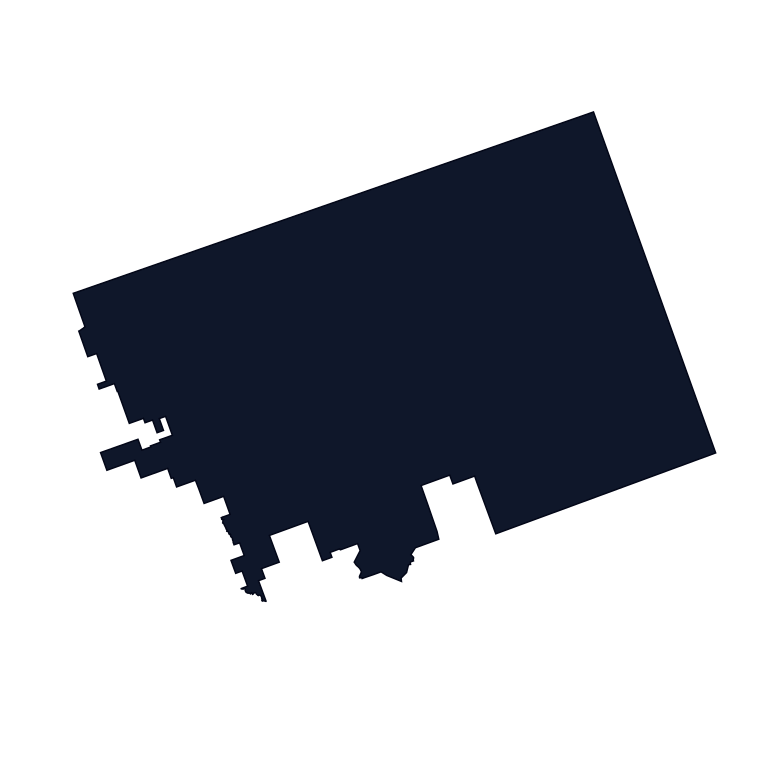 outline of Halls Creek, Western Australia, Australia, rotated 250°
{"feature_id": "25037944B45139039746134", "entity_name": "Halls Creek", "entity_type": "district", "adm_level": 2, "iso_a3": "AUS", "parent_name": "Australia", "parent_adm1": "Western Australia", "projection": "orthographic", "projection_center": [126.613, -19.001], "detail": "fine", "context": "isolated", "style": "filled", "palette": "ink", "viewbox_px": 768, "rotation_deg": 250, "n_neighbors": 0, "source": "geoboundaries", "source_scale": "gbopen_adm2", "svg_char_len": 4837}
<svg xmlns="http://www.w3.org/2000/svg" viewBox="0 0 768 768"><g transform="rotate(250 384 384)"><path d="M205.0,438.3L205.8,672.1L568.0,673.9L575.5,123.0L560.7,122.8L539.9,122.6L539.8,122.2L539.8,121.9L539.7,121.5L539.6,121.2L539.2,120.5L539.1,119.7L539.0,119.3L538.9,119.0L538.8,118.7L538.8,118.4L538.6,117.9L538.5,117.6L538.4,116.9L538.2,116.6L538.1,116.3L538.1,116.0L538.1,115.3L511.0,115.0L510.9,124.4L481.7,124.1L481.7,114.7L476.7,114.6L476.6,130.8L468.3,130.8L468.3,131.4L434.1,131.2L434.0,146.2L429.3,146.2L429.3,154.2L415.8,154.1L415.8,160.9L428.4,161.0L428.3,167.7L408.2,167.6L408.3,154.1L405.7,154.1L405.7,143.4L404.6,143.4L404.6,133.9L416.2,133.9L416.5,94.2L397.7,94.1L397.6,123.7L378.8,123.6L378.7,151.9L368.1,151.8L368.0,154.0L358.2,153.9L358.1,173.9L348.2,174.1L333.3,174.1L333.3,194.9L314.1,194.8L314.1,185.4L313.8,185.4L313.6,185.4L313.4,185.4L312.9,185.3L313.0,185.5L313.2,185.8L313.0,185.7L312.9,185.7L312.7,185.5L312.3,185.7L312.2,185.9L311.9,186.0L311.1,186.2L311.1,186.3L310.9,186.0L310.7,185.9L310.3,185.6L310.1,185.6L309.8,185.6L309.6,185.6L309.3,185.5L309.1,185.3L308.9,185.1L308.7,184.9L308.0,185.2L307.6,185.5L307.2,185.6L306.9,185.7L306.4,185.9L306.2,185.8L305.9,185.8L305.6,185.7L305.2,185.8L304.9,185.9L304.6,185.9L304.3,186.0L304.1,186.0L303.8,186.0L303.6,186.1L303.3,186.1L303.0,186.1L302.7,186.1L302.0,186.1L301.9,186.1L301.6,186.3L301.4,186.3L301.2,186.2L301.1,186.3L300.9,186.4L300.9,186.5L300.7,186.7L300.4,186.7L300.0,186.5L299.8,186.4L299.9,186.2L299.6,185.9L299.4,185.9L299.3,186.0L299.2,186.1L299.1,186.4L299.0,186.7L298.9,186.9L298.8,187.0L298.5,187.2L298.2,187.1L297.9,187.2L297.7,187.2L297.4,187.1L297.2,187.1L296.7,187.1L296.3,187.1L295.7,187.2L295.5,187.3L295.5,187.5L295.5,187.8L295.5,188.2L295.4,188.2L295.3,188.3L295.0,188.4L294.7,188.4L294.1,188.0L293.8,188.0L293.6,187.9L293.0,187.9L292.8,187.9L292.6,188.0L292.3,188.2L292.3,188.4L292.2,188.5L291.9,188.6L291.5,188.6L291.1,188.7L290.6,188.7L290.4,188.7L290.0,188.6L289.8,188.5L289.6,188.5L289.4,188.5L289.3,188.4L289.0,188.4L288.8,188.4L288.7,188.4L288.2,188.5L287.8,188.5L287.6,188.4L287.2,188.2L286.8,188.1L286.4,188.1L286.2,188.1L285.9,188.1L285.5,188.1L285.3,188.1L284.9,188.1L284.2,188.1L284.1,194.0L270.6,194.0L270.6,179.9L256.8,179.9L256.8,186.7L240.7,186.7L240.6,179.9L240.4,179.9L240.5,180.1L240.5,180.3L240.5,180.5L240.4,180.6L240.1,180.8L239.6,181.1L239.4,181.3L239.5,181.5L239.5,181.8L239.6,182.1L239.7,182.5L239.6,182.8L239.4,182.9L239.1,183.1L238.9,183.2L238.8,183.3L238.5,183.3L238.2,183.3L237.9,183.1L237.7,183.0L237.1,183.0L236.6,183.0L236.4,183.0L236.2,183.0L235.8,183.1L235.5,183.2L235.3,183.3L235.2,183.5L235.0,183.9L235.0,184.0L234.7,184.1L234.4,184.1L234.4,184.3L234.1,184.6L233.9,184.8L233.8,185.0L233.8,185.5L233.6,185.8L233.2,186.3L233.0,186.5L232.8,186.6L232.7,186.6L232.5,186.8L232.3,186.9L232.3,187.0L232.5,187.4L232.7,187.5L233.1,187.7L233.3,188.1L233.2,188.4L233.1,188.6L232.9,188.7L232.7,188.7L232.5,188.8L232.4,188.8L232.1,188.8L231.8,188.8L231.6,188.8L231.3,188.7L231.3,189.1L231.6,189.5L231.8,189.9L231.9,190.1L232.0,190.3L232.1,190.6L232.2,190.8L232.2,191.0L232.1,191.3L232.1,191.5L231.9,191.9L231.6,192.1L231.3,192.2L231.1,192.2L230.5,192.2L230.2,192.3L229.7,192.6L229.3,192.9L229.2,193.0L228.9,193.1L228.7,193.1L228.2,193.5L228.3,193.9L228.3,194.1L228.4,194.3L228.3,194.6L228.2,194.7L228.2,194.8L228.2,195.0L227.9,195.3L227.5,195.5L227.1,195.7L226.8,195.9L226.4,196.0L226.1,196.0L225.8,196.2L225.7,196.2L225.4,196.2L225.2,196.1L225.1,195.9L224.8,195.8L224.5,195.9L224.2,195.8L223.9,196.0L223.7,196.0L223.4,196.1L223.1,196.0L223.0,195.8L222.9,195.5L222.8,195.2L222.7,195.2L222.1,195.3L221.9,195.3L221.7,195.4L221.6,195.5L221.5,195.8L221.5,196.0L221.7,196.5L221.4,196.9L221.2,197.2L221.1,197.4L220.9,197.7L220.5,198.0L220.4,198.1L220.4,198.5L220.2,198.8L220.3,198.9L242.1,198.8L242.1,205.7L252.4,205.7L252.4,224.6L280.9,224.5L280.9,265.7L239.0,265.7L239.0,275.8L244.2,275.8L244.2,279.8L244.3,286.0L244.1,286.1L243.9,286.1L243.6,286.0L243.4,286.2L243.1,286.4L243.1,304.6L235.6,304.6L226.8,295.1L226.1,295.3L224.8,295.6L224.1,295.7L223.8,295.8L223.1,296.1L222.4,296.4L221.4,297.0L221.0,297.2L219.9,297.7L219.5,297.9L218.5,298.2L218.3,298.2L217.6,298.4L216.9,298.4L216.6,298.5L216.3,298.6L215.3,298.4L215.1,298.3L214.2,297.7L213.8,297.5L213.4,296.8L213.1,296.6L211.9,295.4L211.7,295.2L210.8,294.9L210.2,294.8L209.6,296.9L208.7,296.9L208.7,298.7L208.9,298.7L208.7,299.2L208.5,308.8L208.5,317.0L203.2,321.1L192.5,332.9L195.8,333.7L199.1,340.7L205.8,345.2L205.4,347.2L205.7,347.2L206.7,347.5L207.7,348.0L207.7,351.2L208.4,351.2L210.0,352.0L210.3,352.3L210.6,352.4L211.0,352.4L211.4,352.3L214.1,351.1L214.4,350.8L219.4,357.5L219.4,382.4L227.3,383.4L256.6,383.9L275.9,384.1L275.9,414.6L266.5,414.6L266.5,437.7L260.0,437.6L205.0,437.8L205.0,438.3Z" fill="#0f172a" stroke="#020617" stroke-width="1.5"/></g></svg>